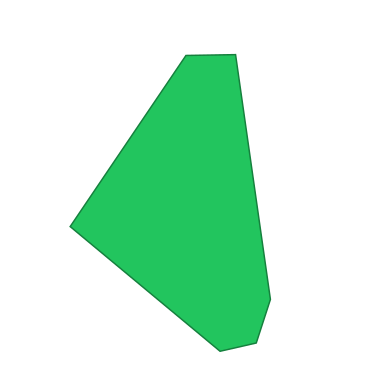 outline of Guernsey, rotated 107°
{"feature_id": "GGY", "entity_name": "Guernsey", "entity_type": "country or territory", "adm_level": 0, "iso_a3": "GGY", "parent_name": "Europe", "parent_adm1": "", "projection": "robinson", "projection_center": [-2.56, 49.468], "detail": "fine", "context": "isolated", "style": "filled", "palette": "green", "viewbox_px": 384, "rotation_deg": 107, "n_neighbors": 0, "source": "natural_earth", "source_scale": "50m", "svg_char_len": 251}
<svg xmlns="http://www.w3.org/2000/svg" viewBox="0 0 384 384"><g transform="rotate(107 192 192)"><path d="M336.1,118.6L260.7,298.4L63.2,237.7L47.9,190.5L271.8,85.6L317.6,86.4L336.1,118.6Z" fill="#22c55e" stroke="#15803d" stroke-width="1.5"/></g></svg>